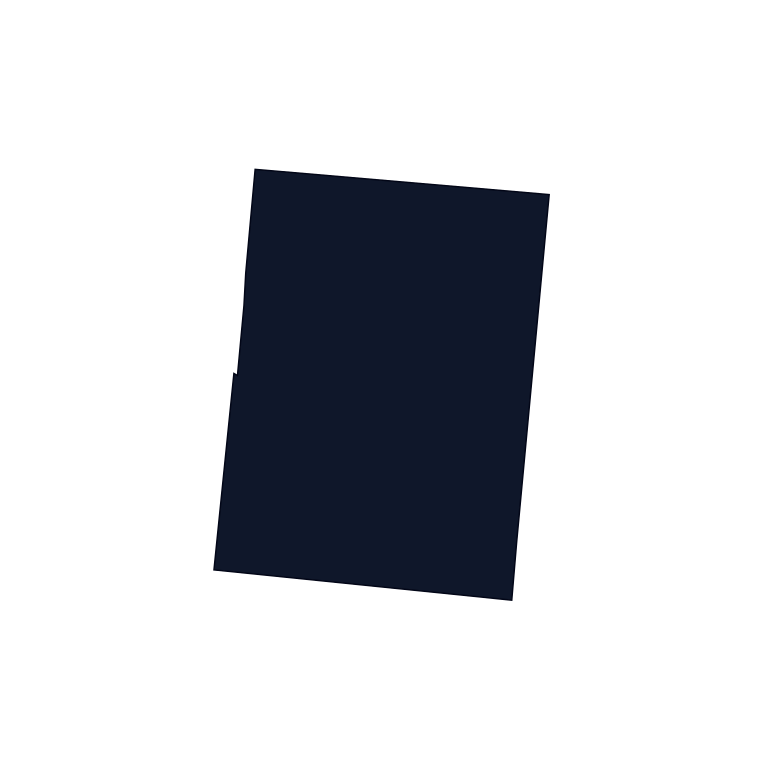 the district of Falls, Texas, United States of America, rotated 126°
{"feature_id": "52423323B55743875979164", "entity_name": "Falls", "entity_type": "district", "adm_level": 2, "iso_a3": "USA", "parent_name": "United States of America", "parent_adm1": "Texas", "projection": "orthographic", "projection_center": [-96.941, 31.254], "detail": "fine", "context": "isolated", "style": "filled", "palette": "ink", "viewbox_px": 768, "rotation_deg": 126, "n_neighbors": 0, "source": "geoboundaries", "source_scale": "gbopen_adm2", "svg_char_len": 291}
<svg xmlns="http://www.w3.org/2000/svg" viewBox="0 0 768 768"><g transform="rotate(126 384 384)"><path d="M133.7,361.7L286.1,614.4L375.6,561.0L403.0,543.3L463.3,507.5L463.7,511.6L634.3,412.3L483.8,153.6L433.2,184.2L133.7,361.7Z" fill="#0f172a" stroke="#020617" stroke-width="1.5"/></g></svg>